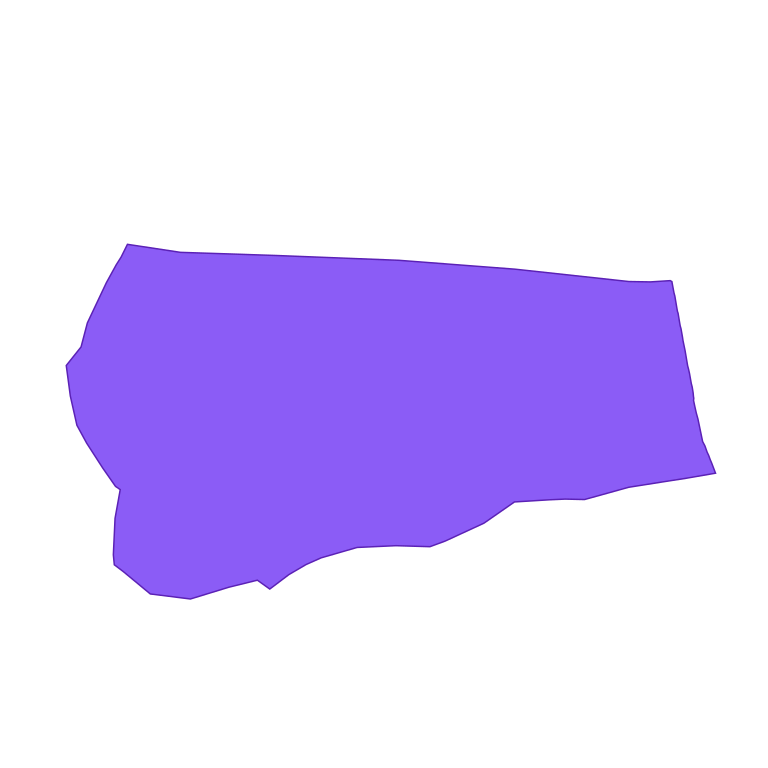 the district of Reduit Orchard, Gros Islet, Saint Lucia, rotated 80°
{"feature_id": "8701671B13742843200127", "entity_name": "Reduit Orchard", "entity_type": "district", "adm_level": 2, "iso_a3": "LCA", "parent_name": "Saint Lucia", "parent_adm1": "Gros Islet", "projection": "equal_earth", "projection_center": [-60.953, 14.066], "detail": "fine", "context": "isolated", "style": "filled", "palette": "violet", "viewbox_px": 768, "rotation_deg": 80, "n_neighbors": 0, "source": "geoboundaries", "source_scale": "gbopen_adm2", "svg_char_len": 1143}
<svg xmlns="http://www.w3.org/2000/svg" viewBox="0 0 768 768"><g transform="rotate(80 384 384)"><path d="M331.9,84.2L329.7,104.0L325.6,125.1L293.6,235.3L281.8,281.4L277.8,297.0L264.8,347.7L238.8,467.5L233.6,492.2L231.6,501.6L219.0,561.6L201.9,612.4L213.3,620.8L220.1,627.0L236.0,639.8L272.3,665.5L294.9,675.9L310.6,693.7L341.4,695.0L371.3,693.6L390.6,687.1L417.9,675.6L438.2,666.2L442.2,662.1L469.6,672.2L505.2,680.2L515.2,681.0L523.5,673.3L550.2,650.6L562.1,612.0L557.2,572.1L555.2,542.8L566.1,532.1L555.2,510.8L548.3,492.2L544.3,476.2L542.3,457.5L540.3,438.9L545.3,400.3L552.2,367.0L549.3,351.0L538.4,309.7L522.8,276.0L524.2,263.8L526.7,241.7L528.8,225.6L532.6,206.6L528.2,161.0L528.8,127.2L529.3,102.8L529.4,75.9L529.4,73.0L525.2,73.8L518.9,75.0L515.5,75.8L510.5,76.7L507.3,77.6L500.7,78.7L496.0,80.2L473.0,80.9L466.7,81.5L460.1,81.8L454.0,82.0L451.8,81.4L450.0,81.4L446.6,81.1L440.5,81.0L436.9,81.3L426.9,81.3L422.4,81.5L418.8,81.8L403.5,81.7L393.1,82.0L389.9,81.9L381.1,81.9L378.2,82.2L375.7,82.2L365.3,82.1L363.5,82.4L359.8,82.4L347.9,82.3L344.5,82.6L333.1,82.7L331.9,84.2Z" fill="#8b5cf6" stroke="#5b21b6" stroke-width="1.5"/></g></svg>